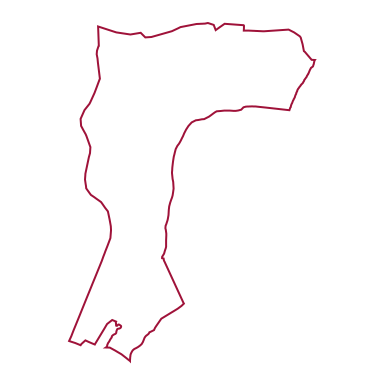 the district of Barito Selatan, Kalimantan Tengah, Indonesia
{"feature_id": "22746128B74191069780867", "entity_name": "Barito Selatan", "entity_type": "district", "adm_level": 2, "iso_a3": "IDN", "parent_name": "Indonesia", "parent_adm1": "Kalimantan Tengah", "projection": "albers", "projection_center": [115.007, -1.964], "detail": "fine", "context": "isolated", "style": "outline", "palette": "rose", "viewbox_px": 384, "rotation_deg": 0, "n_neighbors": 0, "source": "geoboundaries", "source_scale": "gbopen_adm2", "svg_char_len": 5215}
<svg xmlns="http://www.w3.org/2000/svg" viewBox="0 0 384 384"><path d="M147.5,334.7L148.3,334.1L148.8,333.5L149.2,332.8L149.5,332.2L149.8,332.2L154.0,330.1L155.0,327.9L156.1,326.2L161.3,318.7L170.8,312.9L173.8,311.1L177.7,308.7L181.5,305.9L183.9,303.6L183.2,302.3L164.5,261.6L164.2,261.1L163.9,260.4L163.6,258.5L162.1,258.2L162.1,256.9L164.1,253.6L164.9,250.7L165.7,248.4L166.1,246.8L166.1,240.3L166.3,235.7L166.3,233.5L165.8,229.8L165.4,228.3L165.6,225.8L166.3,224.1L166.9,222.2L167.5,220.4L167.8,219.1L168.5,215.1L168.8,209.9L169.2,206.4L170.2,202.6L171.2,199.7L172.0,197.6L172.6,195.5L173.1,192.3L173.6,188.6L173.5,186.9L173.2,181.9L172.6,179.0L172.0,173.1L172.0,172.3L172.2,170.1L172.3,167.8L172.8,163.4L173.1,161.0L173.8,156.6L174.6,153.6L174.6,153.4L175.7,149.1L177.4,145.8L179.1,143.6L180.8,140.6L181.9,138.3L183.0,136.2L184.2,133.3L186.1,129.6L188.5,125.9L191.7,122.4L195.8,120.3L198.3,120.0L201.8,119.3L204.2,119.1L206.5,117.9L208.9,116.7L211.0,115.2L213.4,113.4L215.1,112.2L216.7,111.3L220.6,111.0L224.2,110.6L229.9,110.6L234.0,110.9L235.5,110.9L238.2,110.5L241.2,109.7L243.5,107.3L246.0,106.6L251.7,106.4L255.8,106.5L259.4,106.9L265.2,107.5L289.4,110.2L289.6,109.6L289.8,109.0L290.0,108.5L290.1,108.0L290.2,107.8L290.4,107.6L290.5,107.4L290.7,107.2L290.8,106.5L291.0,105.8L291.1,105.4L291.3,104.8L291.4,104.4L291.5,104.2L291.8,103.7L292.0,103.3L292.1,103.2L292.2,102.8L292.3,102.6L292.4,102.3L292.6,101.8L292.8,101.2L293.0,100.7L293.2,100.4L293.3,100.2L293.5,99.9L293.6,99.7L293.7,99.2L293.8,99.1L294.0,98.8L294.1,98.7L294.2,98.4L294.3,98.2L294.6,97.7L294.8,97.4L294.9,96.9L294.9,96.7L295.2,95.9L295.5,95.1L295.6,94.8L295.8,94.4L296.1,94.0L296.2,93.8L296.2,93.5L296.2,93.4L296.3,93.0L296.4,92.6L296.5,92.4L296.7,92.0L296.9,91.8L297.0,91.6L297.2,91.1L297.2,90.7L297.3,90.4L297.4,90.2L297.5,89.9L297.7,89.7L297.8,89.5L297.9,89.2L298.1,89.0L298.2,88.7L298.4,88.5L298.5,88.3L298.7,88.1L298.9,87.9L299.1,87.5L299.3,87.3L299.4,87.0L299.8,86.6L300.1,86.3L300.2,86.1L300.3,86.0L300.4,85.9L300.5,85.6L300.7,85.4L300.8,85.1L301.0,85.0L301.2,84.8L301.3,84.6L301.4,84.4L301.5,84.3L301.6,84.2L302.0,83.9L302.3,83.6L302.5,83.3L302.8,83.0L303.0,82.8L303.0,82.7L303.2,82.4L303.2,82.2L303.3,82.0L303.7,81.5L303.8,81.3L304.0,81.0L304.1,80.8L304.1,80.6L304.2,80.4L304.2,80.2L304.3,80.0L304.5,79.7L304.9,79.3L305.0,79.1L305.1,78.9L305.3,78.6L305.5,78.4L305.8,78.0L306.0,77.6L306.3,77.3L306.4,77.1L306.5,77.0L306.6,76.9L306.8,76.5L306.9,76.0L307.0,75.8L307.1,75.6L307.3,75.4L307.4,75.2L307.6,74.9L307.8,74.6L308.1,74.3L308.1,74.2L308.2,73.9L308.2,73.7L308.3,73.6L308.5,73.4L309.9,70.0L311.0,67.9L312.9,66.5L313.2,65.8L313.4,64.9L313.7,64.3L314.1,62.3L314.5,60.6L314.9,60.0L311.6,59.8L304.8,51.8L303.9,51.1L302.6,44.3L300.7,37.5L299.8,36.3L294.1,32.4L288.6,29.6L263.7,31.3L248.6,30.6L243.8,30.6L243.9,28.8L244.0,25.8L243.6,25.2L224.6,23.8L219.6,27.3L215.7,30.1L213.7,24.9L207.9,23.0L205.0,23.6L196.5,24.0L180.5,27.1L177.9,28.4L171.9,31.2L164.5,33.3L151.4,37.0L145.3,37.4L140.7,32.8L130.4,34.5L116.3,32.4L98.1,26.5L98.2,28.8L98.3,31.7L98.8,45.6L98.7,45.6L97.0,50.7L96.7,54.3L97.5,58.4L97.9,62.5L99.9,78.8L99.6,79.4L98.4,82.6L96.4,88.0L94.5,93.0L90.4,102.0L89.5,103.8L84.5,110.1L80.6,118.9L81.1,125.9L83.4,130.2L85.8,134.5L86.0,135.1L86.3,135.7L87.6,139.3L89.9,145.8L90.4,147.1L90.0,153.2L88.9,157.1L85.4,173.7L85.3,175.7L85.0,179.5L85.6,183.7L86.0,186.1L86.2,188.3L86.8,189.2L89.5,193.0L90.9,194.9L94.3,197.2L96.2,198.6L98.9,200.5L101.1,202.1L102.4,203.9L105.1,207.8L107.9,211.4L108.0,211.9L108.6,214.7L109.6,219.5L110.2,222.8L110.8,226.2L111.0,229.8L111.0,230.6L110.4,238.1L107.4,246.1L105.3,251.4L104.7,253.1L104.0,254.9L103.3,256.7L101.8,260.9L95.5,276.4L95.1,277.4L92.5,283.7L91.1,287.2L87.3,296.5L82.0,309.6L79.5,315.8L75.1,326.6L73.7,330.0L72.8,332.3L71.3,336.2L69.1,341.0L69.9,341.3L75.2,343.0L80.6,345.2L81.3,344.1L85.4,340.4L86.3,340.8L88.4,341.8L92.1,343.4L93.8,344.1L94.8,344.5L95.0,344.1L104.5,328.4L106.2,325.5L107.1,324.0L112.2,320.0L116.1,321.6L115.8,322.3L115.8,322.8L116.0,323.3L116.1,325.2L116.2,325.7L116.6,325.8L117.0,325.8L117.3,325.5L117.7,325.2L118.1,324.7L118.5,324.5L118.8,324.5L119.1,324.6L120.4,325.4L120.9,325.8L121.1,326.2L121.1,326.8L120.9,327.3L120.7,327.7L120.2,328.1L119.7,328.4L119.1,328.6L118.4,328.7L117.9,328.8L117.4,329.0L117.2,329.3L117.0,329.7L116.8,330.2L116.5,331.1L116.3,331.9L116.3,332.2L116.2,332.9L115.7,333.6L115.3,333.9L114.2,334.4L113.6,334.7L112.8,335.3L112.2,335.8L111.9,336.4L111.8,336.6L111.8,336.9L111.8,337.0L111.7,337.4L111.4,337.9L111.1,338.2L110.8,338.6L110.6,339.0L110.3,339.4L109.9,340.1L109.4,341.1L109.0,341.8L108.6,342.3L108.1,343.0L107.6,344.2L107.4,344.5L107.3,344.9L107.2,345.6L107.0,346.1L106.8,346.6L106.5,347.0L106.2,347.3L105.9,347.5L109.8,347.6L114.7,350.3L115.1,350.5L116.4,351.3L121.5,354.3L127.0,358.6L127.3,358.9L129.9,360.9L130.0,361.0L130.0,360.1L130.1,359.0L130.2,357.3L130.4,356.0L130.5,354.8L130.7,354.3L130.9,353.6L131.3,352.8L131.7,352.0L132.3,351.0L132.6,350.5L133.1,350.0L133.7,349.5L134.3,349.0L135.1,348.6L136.3,348.0L137.9,347.1L138.9,346.4L140.0,345.6L141.2,344.5L141.8,343.9L142.4,342.8L142.8,342.2L143.5,340.5L144.5,337.9L145.2,336.8L145.6,336.3L146.3,335.6L147.3,334.9L147.5,334.7Z" fill="none" stroke="#9f1239" stroke-width="2"/></svg>